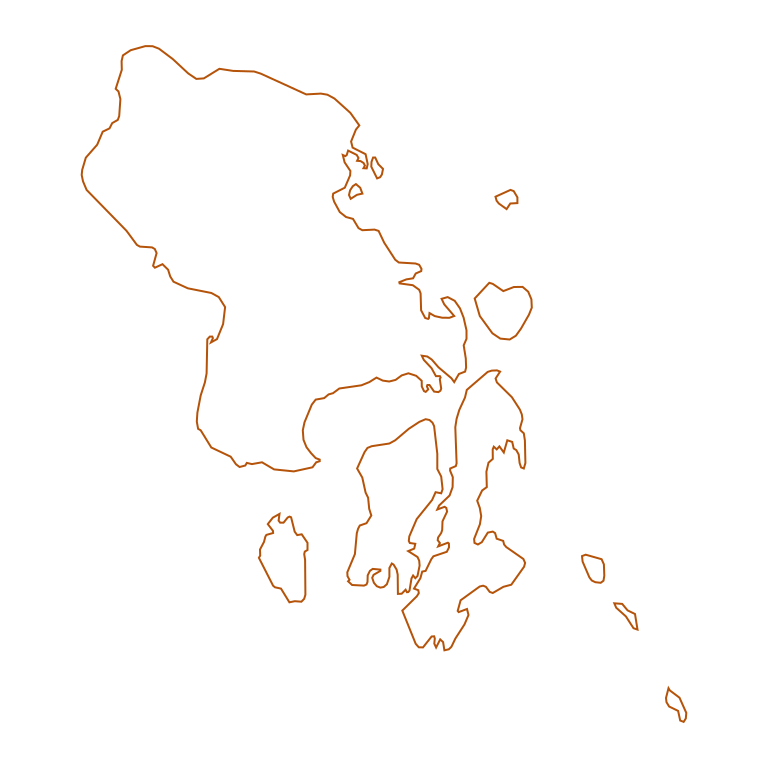 SVG path tracing the border of Sulawesi Tenggara
{"feature_id": "IDN-556", "entity_name": "Sulawesi Tenggara", "entity_type": "Province", "adm_level": 1, "iso_a3": "IDN", "parent_name": "Indonesia", "parent_adm1": "", "projection": "robinson", "projection_center": [122.493, -4.447], "detail": "fine", "context": "isolated", "style": "outline", "palette": "amber", "viewbox_px": 768, "rotation_deg": 0, "n_neighbors": 0, "source": "natural_earth", "source_scale": "10m", "svg_char_len": 6097}
<svg xmlns="http://www.w3.org/2000/svg" viewBox="0 0 768 768"><path d="M359.3,125.4L355.9,129.6L351.1,141.5L352.6,147.6L365.6,154.2L367.7,164.1L366.7,168.4L363.5,168.2L364.9,165.6L363.6,163.0L360.6,161.1L357.1,160.8L358.5,158.0L356.7,154.9L348.1,150.6L346.7,155.1L345.3,156.1L342.8,155.0L344.6,162.3L350.4,171.0L350.1,175.4L344.8,187.7L333.2,193.6L332.7,196.9L334.1,201.6L339.8,212.1L346.0,217.0L353.0,218.9L358.5,228.1L362.3,230.2L374.5,229.6L378.6,230.9L384.2,242.7L395.2,259.7L398.8,262.5L415.5,263.5L419.2,264.8L421.5,268.9L421.2,271.1L415.7,273.5L413.1,278.3L406.3,279.4L399.3,282.2L399.6,283.4L412.8,285.2L419.2,289.8L420.6,293.4L421.1,310.3L425.2,318.0L428.2,318.9L428.9,318.2L429.5,313.1L434.8,316.1L442.1,317.7L449.4,317.8L454.2,316.0L444.2,304.3L441.6,298.8L447.7,297.1L454.7,300.8L460.0,308.4L463.6,317.6L466.5,330.3L466.5,338.8L463.7,345.3L465.8,358.6L466.1,367.6L465.1,371.6L458.9,374.0L454.2,382.1L451.4,378.2L438.5,367.3L431.7,359.5L427.3,356.5L421.8,355.7L423.8,359.9L431.5,368.1L435.9,376.1L439.9,376.1L440.6,377.5L439.8,379.1L441.2,388.6L440.4,390.7L438.4,392.1L434.1,391.6L429.5,385.0L427.4,385.0L426.9,386.3L428.2,389.4L425.7,391.9L424.0,391.1L421.8,386.5L421.7,380.8L416.2,375.8L408.4,373.3L401.7,375.4L395.6,379.9L389.2,381.5L382.8,380.6L376.5,377.6L369.3,382.1L361.4,385.3L339.3,388.5L333.0,393.2L328.6,394.4L324.2,398.1L315.7,399.6L311.8,404.6L304.5,422.3L302.8,430.3L303.5,439.8L306.5,447.2L311.0,453.1L315.7,458.1L319.7,459.6L319.7,461.2L316.2,462.3L312.5,467.3L293.8,471.4L274.1,469.4L262.0,462.3L251.9,464.1L246.8,462.9L245.3,465.5L239.6,467.0L236.0,464.3L230.7,456.7L211.3,447.5L200.7,430.3L198.1,428.8L196.8,421.6L197.4,412.6L200.7,395.4L204.9,382.4L206.6,373.4L207.3,339.3L209.8,336.6L212.3,336.6L212.9,338.1L211.0,342.4L217.0,339.1L223.1,324.1L225.1,307.1L218.8,297.1L211.4,293.0L187.8,288.3L173.5,281.7L170.2,276.4L168.1,269.7L162.5,264.2L154.9,267.7L153.1,265.8L156.6,253.1L154.8,249.0L152.0,247.4L139.9,246.6L136.9,244.9L126.5,230.8L86.6,189.9L83.0,181.3L81.7,175.0L82.2,169.9L85.8,157.7L97.2,144.7L102.7,131.7L109.5,128.4L112.2,123.1L117.8,119.9L119.2,116.1L120.4,99.1L118.5,91.5L115.7,88.8L121.8,69.8L121.6,61.1L122.9,55.4L130.7,50.2L145.4,46.1L152.6,46.2L159.0,48.7L172.7,59.0L188.2,73.4L196.3,78.9L203.8,78.4L219.4,68.8L233.1,70.9L254.1,71.5L260.7,73.6L306.2,94.4L320.9,93.6L327.4,94.7L334.4,98.5L350.4,112.9L359.3,125.4ZM506.2,547.0L523.4,559.0L525.1,562.9L524.1,566.7L511.3,584.7L503.4,586.8L492.8,593.0L489.7,591.9L485.9,586.8L483.1,585.7L479.7,586.5L460.6,600.3L457.7,610.9L458.7,612.1L467.0,609.0L468.5,615.0L464.5,624.4L455.4,638.5L451.4,646.8L448.8,649.3L444.4,650.3L443.1,642.1L440.2,639.4L436.1,647.5L434.3,643.6L434.8,638.4L434.1,636.3L431.6,636.5L423.0,647.4L418.8,647.3L415.7,643.8L402.3,610.6L416.9,596.2L418.8,593.1L418.3,590.2L414.0,588.6L420.4,578.2L422.2,571.6L425.6,570.9L431.3,559.2L433.4,556.3L446.8,551.8L449.0,547.4L448.9,543.5L447.9,542.7L438.2,546.4L439.9,543.0L437.7,540.2L438.1,537.5L441.2,533.0L442.2,529.9L442.5,521.3L447.1,511.6L446.3,507.9L444.6,506.8L437.3,509.5L439.1,505.5L449.6,495.5L452.6,487.1L452.8,477.2L450.1,470.6L450.2,468.5L455.8,466.1L456.6,463.3L455.3,427.2L456.6,418.8L459.3,409.9L465.0,397.5L466.8,389.9L487.7,371.9L491.8,370.6L497.0,370.4L500.1,371.6L495.6,378.5L496.9,382.4L511.9,397.2L519.9,409.6L521.8,414.4L522.5,419.2L520.0,428.1L520.4,430.2L523.8,433.3L524.9,440.5L525.4,463.0L523.8,468.5L521.1,467.4L519.6,463.0L518.7,454.5L516.3,450.1L513.7,448.5L512.2,441.9L507.3,440.3L503.8,452.5L499.4,446.4L496.7,449.4L493.8,446.7L492.7,449.4L492.8,458.9L488.5,462.7L486.4,471.7L486.8,487.1L482.1,490.5L477.2,500.7L479.8,507.9L481.2,516.1L479.9,524.3L474.1,539.0L474.5,542.9L477.9,544.5L481.8,542.2L487.8,532.6L492.8,531.6L495.1,533.1L496.7,538.7L503.2,540.9L504.1,544.5L506.2,547.0ZM441.2,476.5L442.6,489.2L441.2,493.3L435.6,492.2L432.1,500.0L416.7,519.1L409.3,536.4L408.8,540.9L409.8,543.0L415.3,543.8L414.2,548.6L408.2,551.1L417.5,557.0L419.2,560.7L419.6,565.6L417.5,576.0L415.3,578.2L413.1,575.5L411.5,578.4L409.5,590.6L408.2,592.1L406.9,592.2L405.6,589.7L401.7,593.7L397.9,593.9L397.7,574.7L396.6,569.6L393.6,564.6L391.8,563.5L389.4,568.0L389.4,576.9L386.9,584.2L383.7,587.0L380.3,587.6L376.8,586.2L373.9,582.8L372.2,577.8L373.6,574.8L380.4,570.9L380.4,569.6L372.7,568.9L369.9,570.9L367.7,575.3L367.5,582.0L366.5,584.5L364.0,585.6L352.1,585.0L348.1,581.3L349.5,579.8L347.5,576.2L347.3,572.3L354.9,554.1L356.8,533.2L358.1,528.7L359.8,525.5L366.5,523.2L371.3,515.5L369.2,508.8L368.1,497.7L365.6,492.6L362.3,477.6L357.1,468.5L364.5,452.2L367.5,447.9L371.7,446.2L389.4,443.5L395.2,440.3L408.8,428.8L419.3,421.9L425.6,419.2L429.5,420.0L432.5,422.7L434.1,426.1L437.3,453.8L437.3,469.0L441.2,476.5ZM307.5,542.8L307.5,550.0L304.8,551.6L304.2,554.1L305.1,559.9L305.4,594.7L304.2,598.8L301.4,601.7L294.8,601.2L289.4,602.3L281.0,588.6L275.0,587.3L273.1,585.7L258.9,557.8L260.2,555.6L260.0,549.5L264.0,541.9L265.4,536.5L266.4,534.9L273.1,533.0L273.0,530.9L267.8,524.1L272.8,517.7L279.5,513.9L278.6,520.6L280.2,522.7L283.5,522.7L287.7,517.5L289.6,516.6L291.1,517.3L294.7,531.7L297.2,535.1L301.7,534.3L307.5,542.8ZM522.6,286.9L528.2,291.7L531.4,299.3L531.8,307.6L529.0,314.6L521.0,328.6L515.9,335.7L509.7,339.5L500.3,338.6L492.4,333.3L479.8,316.0L474.7,298.5L489.3,282.8L492.8,283.9L503.3,291.1L513.9,287.0L522.6,286.9ZM585.7,554.7L601.6,559.2L603.9,564.4L604.3,575.7L603.5,580.7L600.7,582.8L595.3,582.2L591.8,580.5L589.4,577.4L582.6,561.6L582.0,556.1L585.7,554.7ZM679.5,697.7L686.3,712.9L685.8,718.5L683.6,721.9L680.2,720.5L678.1,710.9L669.1,706.5L666.5,702.2L666.0,698.0L668.5,688.2L669.8,690.4L679.5,697.7ZM517.4,197.3L517.4,203.1L510.3,203.5L506.6,209.1L498.8,203.5L496.6,200.7L495.5,196.7L510.5,189.9L513.7,191.1L517.4,197.3ZM627.6,610.4L635.0,614.0L637.5,629.6L633.5,628.2L625.9,616.4L616.2,607.7L614.3,603.3L622.2,603.9L627.6,610.4ZM378.3,164.2L383.0,168.9L381.9,174.5L380.1,177.2L377.1,178.4L371.3,166.7L371.5,161.9L373.1,157.5L375.2,157.5L378.3,164.2ZM355.9,184.1L360.2,187.7L362.4,193.6L357.0,194.8L350.7,198.8L349.0,195.0L350.1,190.3L352.8,186.2L355.9,184.1Z" fill="none" stroke="#b45309" stroke-width="2"/></svg>